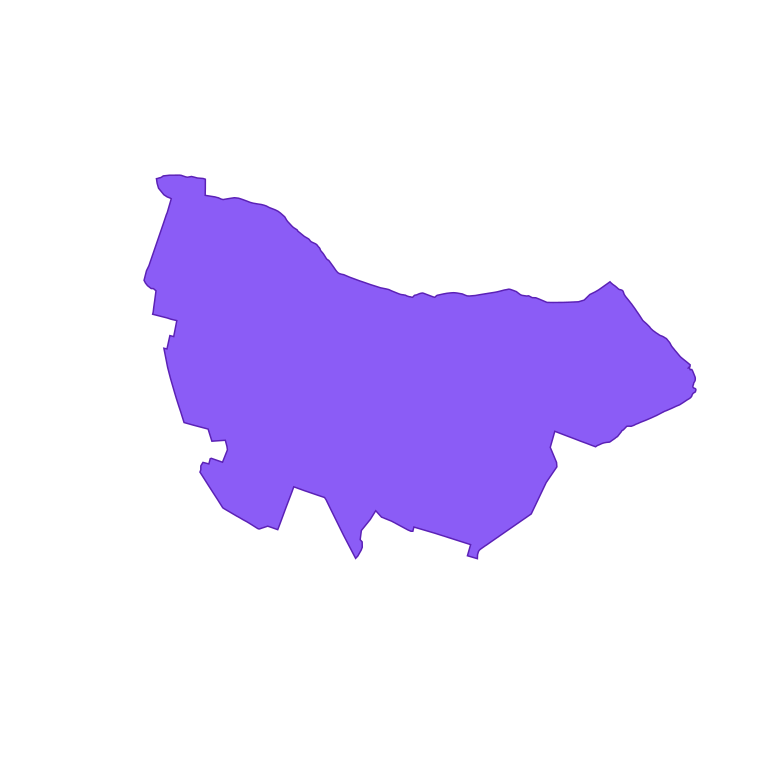 outline of Apateu, Arad, Romania, rotated 23°
{"feature_id": "2599482B29070861670091", "entity_name": "Apateu", "entity_type": "district", "adm_level": 2, "iso_a3": "ROU", "parent_name": "Romania", "parent_adm1": "Arad", "projection": "robinson", "projection_center": [21.823, 46.631], "detail": "fine", "context": "isolated", "style": "filled", "palette": "violet", "viewbox_px": 768, "rotation_deg": 23, "n_neighbors": 0, "source": "geoboundaries", "source_scale": "gbopen_adm2", "svg_char_len": 6066}
<svg xmlns="http://www.w3.org/2000/svg" viewBox="0 0 768 768"><g transform="rotate(23 384 384)"><path d="M537.0,498.9L537.8,497.6L538.9,495.8L539.6,494.7L540.2,493.7L541.3,492.1L543.1,489.2L544.8,486.5L547.0,483.0L570.3,446.1L571.8,411.3L575.5,392.7L573.5,388.8L564.4,379.9L561.8,377.4L559.7,360.8L571.1,360.4L581.0,360.0L587.6,359.8L593.6,359.5L599.5,359.3L603.3,359.1L604.4,357.3L606.0,355.7L606.9,354.7L607.8,353.7L609.4,352.3L611.5,350.9L614.4,349.3L615.0,348.4L616.2,346.4L617.7,344.1L618.5,342.5L619.5,341.1L619.9,339.5L620.5,337.3L621.1,335.2L621.3,333.8L622.2,332.8L623.2,330.2L623.6,329.2L623.8,328.5L624.0,328.1L624.5,327.8L625.1,327.5L625.9,327.1L627.1,326.7L628.1,326.3L628.5,325.9L629.4,325.1L630.5,324.0L631.1,323.2L632.0,322.2L633.1,321.2L633.9,320.3L635.2,318.9L639.1,315.1L643.4,310.6L647.5,306.1L652.9,299.5L653.8,298.7L654.6,297.9L658.3,294.0L661.8,290.1L664.2,287.7L666.7,284.1L669.1,280.4L671.0,277.8L671.6,276.6L672.0,275.2L671.9,273.2L672.1,272.2L672.4,271.4L672.8,270.9L673.7,269.6L673.6,269.0L673.5,268.0L673.3,267.4L673.1,267.0L672.8,266.8L672.2,266.6L671.5,266.6L670.6,266.6L670.1,266.5L669.4,265.9L669.2,265.5L669.1,264.7L669.0,263.9L669.0,263.0L668.8,262.5L668.7,261.9L668.8,261.4L669.0,260.2L669.0,259.1L668.6,257.8L668.2,256.9L667.6,256.0L666.5,254.9L664.8,253.2L663.6,252.0L663.3,251.7L662.4,250.9L661.6,250.4L660.3,251.2L659.1,250.0L658.8,250.0L657.9,250.3L658.2,249.3L658.9,248.6L658.3,246.7L657.9,246.6L655.3,245.8L652.5,245.0L649.3,244.1L647.6,243.6L646.1,243.1L645.1,242.6L641.6,240.8L638.6,239.3L637.0,238.4L635.2,237.5L634.0,236.8L632.8,235.9L631.5,234.8L630.5,234.1L629.3,233.5L628.0,232.8L626.7,232.1L625.9,231.8L624.7,231.7L623.1,231.4L621.7,231.3L618.8,231.4L616.5,230.9L614.6,230.6L612.6,230.1L610.7,229.7L609.7,229.3L608.5,228.9L607.4,228.4L606.3,227.7L604.6,227.0L602.1,226.0L598.8,224.9L597.4,224.4L596.8,224.0L594.9,222.7L592.7,221.2L590.4,219.7L587.8,218.1L586.8,217.4L584.4,215.9L581.4,214.1L580.8,213.7L579.6,213.1L578.2,212.3L576.2,211.2L574.1,210.1L572.0,209.0L571.0,208.3L570.1,207.7L569.2,206.7L568.0,205.4L567.3,204.9L566.5,204.7L565.9,204.7L564.9,204.8L564.0,205.0L562.9,205.0L560.4,204.1L558.4,203.5L555.6,202.9L552.9,202.0L552.1,201.6L546.7,210.4L544.7,213.6L542.3,216.8L538.5,221.2L535.7,228.0L535.5,228.4L535.4,228.6L530.8,232.4L529.3,233.1L522.4,236.4L516.8,239.0L507.8,242.9L502.2,245.2L500.1,245.2L497.8,245.2L493.7,245.2L490.1,245.3L487.4,246.3L486.7,246.6L482.7,246.3L480.9,247.3L477.4,248.2L476.7,248.4L475.6,248.5L474.2,248.4L471.9,247.8L470.0,247.3L469.3,247.2L468.3,247.3L467.3,247.3L464.0,247.5L463.0,247.6L461.7,248.0L460.0,249.2L458.0,250.5L454.5,253.2L452.1,255.0L450.3,256.2L442.3,261.2L437.7,264.1L433.4,266.9L431.1,268.1L428.3,269.6L427.0,270.1L426.1,270.4L424.0,270.5L422.3,270.5L420.8,270.5L419.2,270.9L415.7,271.7L413.7,272.3L412.3,272.8L409.9,274.0L406.5,275.9L403.3,278.0L399.8,280.5L398.4,281.5L397.9,282.1L397.5,282.9L397.2,283.7L396.8,284.4L395.2,284.6L388.5,284.9L385.3,285.0L384.4,285.1L383.7,285.3L382.6,286.0L381.8,286.6L380.9,287.4L379.4,289.0L378.7,289.6L377.9,290.0L377.3,290.7L377.0,291.5L376.7,292.3L376.5,292.9L376.1,293.2L374.0,293.5L372.9,293.8L371.8,293.9L370.6,294.0L369.4,293.9L368.8,293.9L367.8,294.2L366.7,294.4L365.4,294.8L363.8,295.1L361.1,295.2L354.4,295.3L351.5,295.2L349.0,295.6L345.1,296.4L343.2,296.8L339.9,297.1L337.7,297.3L332.5,297.8L326.2,298.2L321.0,298.6L314.7,298.9L310.7,299.1L307.4,299.1L305.1,299.1L304.2,299.1L303.3,299.3L301.7,299.6L299.8,299.8L298.3,299.6L297.0,299.1L295.3,298.2L293.4,297.0L291.7,295.9L288.7,294.1L286.4,292.7L285.0,291.9L284.3,291.7L283.5,291.7L282.4,291.3L281.4,290.7L280.3,289.9L278.0,288.3L276.7,287.5L275.7,287.0L274.5,286.4L273.7,286.0L272.8,285.2L272.1,284.4L271.4,283.9L270.0,283.3L267.7,282.0L266.2,281.7L262.9,281.6L261.3,281.5L260.1,281.0L258.9,280.3L257.9,279.9L255.6,279.6L253.1,279.3L250.7,278.6L245.1,277.0L244.3,276.4L243.6,276.0L242.2,275.8L239.4,275.3L237.7,274.7L234.6,273.3L232.1,272.2L230.5,271.3L227.3,268.9L221.9,267.1L219.0,266.4L215.9,266.2L212.2,266.3L209.5,266.4L206.1,266.1L203.6,266.3L200.9,266.7L196.7,267.8L195.3,268.1L192.8,268.7L189.8,269.1L186.5,269.2L182.3,269.4L179.5,269.6L177.5,269.8L175.1,270.5L173.5,271.0L169.4,273.5L166.9,275.1L163.8,277.1L161.8,277.4L158.8,277.3L157.1,277.6L155.4,277.8L151.4,278.8L145.7,280.2L144.8,278.0L143.2,274.0L139.8,265.9L139.5,265.3L137.2,265.5L131.7,267.3L128.7,267.7L125.7,268.2L122.4,270.4L120.7,270.8L116.8,271.1L116.1,271.1L114.9,271.4L114.0,271.7L112.2,272.5L109.9,273.5L105.2,275.5L99.5,278.7L98.4,280.5L97.5,281.5L96.7,282.0L96.0,282.6L95.0,283.5L94.3,283.9L96.8,288.0L100.0,291.9L107.4,295.8L111.3,296.5L114.4,296.4L115.8,296.6L117.5,311.0L117.5,313.3L118.2,322.2L121.1,363.0L121.4,366.9L121.1,372.5L122.6,382.3L125.0,384.3L127.9,385.9L130.2,386.5L132.4,387.1L133.4,386.7L134.0,386.5L134.4,386.3L135.5,386.6L137.7,387.3L140.3,396.7L142.1,403.4L143.4,407.9L143.8,410.2L146.3,409.8L152.9,408.8L158.7,407.9L162.6,407.6L168.5,406.6L170.4,415.5L171.4,420.3L171.9,422.5L168.0,423.1L170.5,436.5L167.4,437.1L178.3,453.2L185.2,462.2L194.5,473.6L198.3,478.2L203.8,484.6L207.6,488.9L215.0,497.6L224.4,496.4L239.7,494.2L247.9,503.9L259.9,497.8L263.8,502.8L265.6,505.8L265.9,519.1L254.0,519.9L253.2,520.8L253.4,521.8L254.0,526.0L251.9,526.3L248.0,526.9L247.6,529.3L247.4,531.0L248.9,534.6L249.0,537.0L250.6,538.1L252.2,539.2L261.2,545.4L270.3,551.6L275.8,555.3L283.6,560.7L284.4,561.1L300.5,563.2L301.1,563.2L307.4,564.0L311.6,564.4L317.6,565.3L324.2,566.4L325.5,566.3L326.1,566.0L327.4,564.8L329.0,563.4L331.5,561.2L332.5,560.3L336.4,560.0L343.1,559.6L343.0,556.4L342.7,549.5L342.1,537.1L341.6,524.0L341.4,518.9L341.1,513.9L352.2,513.3L367.3,512.2L373.6,511.7L375.9,513.2L384.2,520.4L405.7,538.9L426.0,555.6L427.1,552.7L427.9,545.9L427.8,542.8L425.6,537.9L422.9,536.6L420.4,527.7L424.3,514.1L425.9,503.9L433.7,507.5L444.6,507.3L463.0,509.0L466.4,509.0L468.1,508.3L467.4,504.0L489.0,501.5L526.5,498.0L527.6,507.0L527.9,509.5L538.2,508.3L536.8,504.6L536.4,501.1L536.6,500.4L536.8,499.6L537.0,498.9Z" fill="#8b5cf6" stroke="#5b21b6" stroke-width="1.5"/></g></svg>